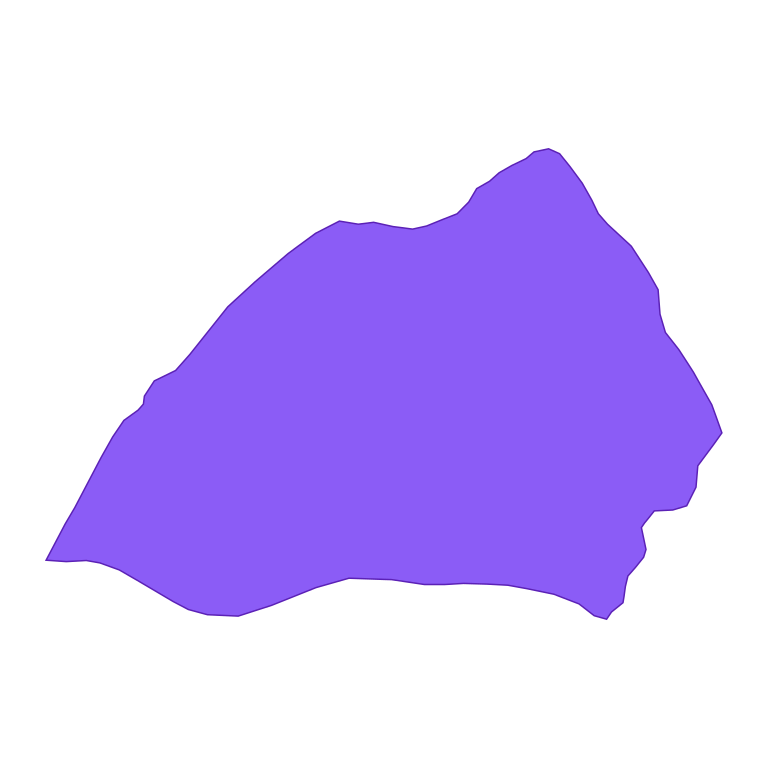 Dweh, Grand Kru, Liberia
{"feature_id": "62588387B41100614633328", "entity_name": "Dweh", "entity_type": "district", "adm_level": 2, "iso_a3": "LBR", "parent_name": "Liberia", "parent_adm1": "Grand Kru", "projection": "albers", "projection_center": [-8.062, 5.074], "detail": "fine", "context": "isolated", "style": "filled", "palette": "violet", "viewbox_px": 768, "rotation_deg": 0, "n_neighbors": 0, "source": "geoboundaries", "source_scale": "gbopen_adm2", "svg_char_len": 1338}
<svg xmlns="http://www.w3.org/2000/svg" viewBox="0 0 768 768"><path d="M154.3,380.9L144.4,396.1L143.4,404.1L138.1,410.1L123.9,420.4L112.7,436.9L101.1,457.5L74.8,507.6L65.2,523.9L46.1,560.2L66.3,561.6L86.3,560.5L99.8,562.9L119.2,569.9L137.2,580.3L157.2,592.1L166.5,597.6L173.1,601.5L188.3,609.5L207.4,614.7L238.2,616.1L271.7,605.3L316.0,587.6L349.0,578.2L384.2,579.4L391.5,579.6L424.4,584.5L442.1,584.5L444.8,584.5L463.5,583.4L487.4,584.1L507.8,585.2L527.1,588.7L553.8,594.2L579.0,603.9L594.2,615.7L606.6,619.2L611.5,612.0L623.0,602.7L624.0,596.6L625.4,586.4L627.9,576.0L635.3,567.6L643.6,557.3L646.0,549.5L643.3,536.6L641.4,527.6L644.6,522.9L646.3,520.9L654.3,510.9L672.8,510.0L686.7,505.8L696.0,487.2L697.8,465.8L714.0,444.0L721.9,432.9L716.4,417.5L711.8,404.8L697.9,380.2L693.5,372.3L689.4,365.9L678.9,349.7L665.4,332.5L660.0,314.2L658.1,289.7L648.4,272.5L631.3,246.2L607.5,224.2L598.3,213.7L591.9,200.3L582.2,183.1L580.7,181.1L570.0,166.6L559.6,153.7L548.6,148.8L534.0,151.9L526.1,158.6L512.0,165.4L499.2,172.7L489.5,181.3L476.7,188.6L468.7,202.1L457.1,213.8L443.1,219.3L426.6,226.0L412.6,229.1L403.5,227.9L393.1,226.6L373.6,222.3L367.4,223.1L358.3,224.2L339.4,221.1L315.6,233.3L297.1,246.9L288.2,253.5L281.3,259.4L255.2,281.7L227.8,306.8L189.7,354.6L175.6,370.5L154.3,380.9Z" fill="#8b5cf6" stroke="#5b21b6" stroke-width="1.5"/></svg>